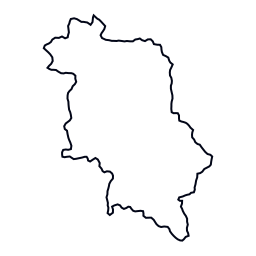 the district of Rio do Prado, Minas Gerais, Brazil
{"feature_id": "56859067B64680241764039", "entity_name": "Rio do Prado", "entity_type": "district", "adm_level": 2, "iso_a3": "BRA", "parent_name": "Brazil", "parent_adm1": "Minas Gerais", "projection": "orthographic", "projection_center": [-40.561, -16.684], "detail": "fine", "context": "isolated", "style": "outline", "palette": "ink", "viewbox_px": 256, "rotation_deg": 0, "n_neighbors": 0, "source": "geoboundaries", "source_scale": "gbopen_adm2", "svg_char_len": 3331}
<svg xmlns="http://www.w3.org/2000/svg" viewBox="0 0 256 256"><path d="M188.6,235.8L188.1,233.1L187.0,230.8L186.9,227.9L187.8,224.6L187.1,221.8L187.1,218.7L185.9,216.0L184.2,213.6L182.8,210.9L182.1,208.8L180.9,206.6L182.0,203.6L182.1,200.8L179.9,200.8L178.3,199.6L179.2,197.4L182.7,196.5L185.2,195.4L187.1,194.8L189.5,194.3L191.0,192.8L193.9,192.3L194.8,189.6L194.6,187.5L195.5,184.3L196.1,180.6L197.2,177.4L197.4,173.7L200.2,173.1L202.3,171.7L204.3,169.0L207.0,167.6L209.3,166.4L210.8,164.7L211.2,161.6L211.6,159.3L212.2,156.5L210.4,154.8L207.5,154.0L205.2,151.9L203.3,149.5L201.5,147.2L199.8,144.7L197.5,144.0L195.3,142.2L194.1,139.5L192.2,137.4L192.0,134.8L192.3,132.4L193.1,130.0L190.5,127.7L189.0,125.6L187.4,123.9L185.8,122.8L183.5,122.0L181.4,121.5L179.3,120.6L179.0,118.4L179.0,115.4L177.8,113.2L175.8,113.1L173.6,113.2L171.7,112.2L171.3,109.0L171.4,106.2L171.4,103.9L171.7,101.5L172.5,98.6L172.4,95.3L171.7,92.3L170.9,88.8L170.9,85.7L171.7,83.4L171.9,80.8L171.3,77.8L170.0,75.5L169.8,72.4L170.1,70.0L171.4,67.4L172.7,64.4L170.3,62.5L169.2,60.6L168.3,57.6L165.8,56.1L163.1,54.9L161.9,52.0L161.5,49.8L161.3,47.1L160.0,44.8L157.1,44.7L153.9,44.1L152.8,41.4L150.7,39.3L147.8,39.4L145.0,41.1L142.1,40.2L139.8,38.5L137.8,39.1L135.3,39.5L132.9,41.3L129.8,41.3L126.9,41.0L124.5,41.4L121.8,41.0L118.7,40.6L116.5,41.0L114.4,40.9L111.9,40.9L109.1,40.2L105.8,39.8L102.0,38.0L100.6,35.2L101.6,33.1L102.9,31.3L104.3,29.1L105.2,26.1L103.3,24.0L101.0,21.5L99.2,19.7L97.3,18.7L95.3,16.9L93.7,15.4L93.0,17.3L92.8,19.3L92.5,22.1L90.6,24.8L87.3,22.5L83.7,21.9L81.4,21.9L79.2,20.5L76.9,19.1L74.1,18.3L70.8,19.0L69.8,21.4L69.3,23.5L68.1,26.0L68.5,29.2L68.9,32.4L68.1,35.0L67.7,37.3L65.1,38.3L62.0,36.5L58.9,37.9L55.2,37.7L52.3,39.6L50.9,42.0L48.7,43.6L46.7,44.4L44.8,45.5L43.8,48.2L46.2,50.4L48.3,52.3L50.3,54.4L52.3,57.3L52.7,61.0L51.2,63.8L49.0,65.9L47.5,67.8L49.4,69.0L51.4,69.8L53.5,69.8L56.0,70.0L58.4,71.7L61.1,73.2L63.6,73.4L65.8,72.8L68.5,73.1L71.5,73.2L73.3,73.8L75.4,75.7L75.3,78.7L76.2,81.8L74.9,84.1L72.7,86.2L71.5,89.1L69.5,91.0L68.1,92.9L67.6,95.4L67.5,98.6L68.4,101.7L68.5,104.1L68.7,106.4L69.1,109.6L70.2,112.2L70.8,114.6L71.3,118.0L69.8,120.4L67.7,122.0L65.7,123.5L64.2,126.2L64.8,129.0L67.0,130.7L67.6,134.3L68.4,137.8L69.1,139.8L70.3,142.5L71.4,145.8L70.9,149.1L68.2,149.8L65.8,149.5L63.2,149.9L62.1,152.3L62.1,154.5L62.4,156.7L64.6,157.2L66.8,156.8L69.8,156.5L72.0,158.0L73.7,159.1L76.1,158.8L78.5,158.3L81.9,157.6L84.7,156.8L86.6,156.8L87.7,158.5L88.1,160.5L90.1,161.5L92.7,159.7L95.4,158.0L97.8,159.5L99.7,163.0L99.4,166.2L101.5,168.6L102.6,171.1L104.4,172.3L106.9,171.3L109.9,171.6L112.1,173.5L113.0,175.7L112.9,178.6L110.7,181.2L109.3,183.9L108.9,186.2L108.3,188.6L107.5,191.2L107.4,194.4L106.5,197.3L107.2,200.0L107.9,202.9L107.7,205.4L108.4,207.7L108.2,210.2L107.6,213.1L109.8,215.0L112.9,212.7L113.0,209.5L112.1,206.6L114.4,205.4L117.6,204.4L120.1,205.4L121.6,207.6L123.9,208.9L126.3,208.0L128.3,206.7L130.2,207.0L131.4,208.8L133.2,210.8L135.2,211.4L137.7,211.1L140.6,210.8L143.1,211.2L143.5,213.6L143.4,215.8L145.9,217.8L148.7,217.7L151.3,217.7L153.7,219.8L155.2,222.2L156.5,224.2L158.6,226.1L161.1,227.0L164.2,226.5L167.7,226.9L169.4,229.1L170.0,231.3L171.8,233.8L173.7,235.9L175.6,237.7L177.7,239.3L180.1,240.4L182.3,240.6L183.9,239.2L185.7,236.9L188.6,235.8Z" fill="none" stroke="#020617" stroke-width="2"/></svg>